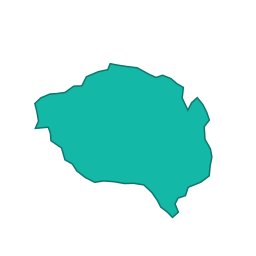 the district of Várzea Paulista, São Paulo, Brazil, rotated 117°
{"feature_id": "56859067B65846864645175", "entity_name": "Várzea Paulista", "entity_type": "district", "adm_level": 2, "iso_a3": "BRA", "parent_name": "Brazil", "parent_adm1": "São Paulo", "projection": "albers", "projection_center": [-46.824, -23.221], "detail": "fine", "context": "isolated", "style": "filled", "palette": "teal", "viewbox_px": 256, "rotation_deg": 117, "n_neighbors": 0, "source": "geoboundaries", "source_scale": "gbopen_adm2", "svg_char_len": 867}
<svg xmlns="http://www.w3.org/2000/svg" viewBox="0 0 256 256"><g transform="rotate(117 128 128)"><path d="M187.5,47.8L180.1,44.9L174.3,51.6L167.7,51.6L162.2,46.1L153.6,47.5L143.3,38.6L133.8,33.9L124.2,37.7L115.7,40.1L109.1,45.2L103.2,54.2L92.2,60.7L84.0,59.1L78.1,65.2L73.2,71.9L69.5,80.1L76.7,82.8L84.9,82.8L76.7,93.3L66.7,97.1L66.3,104.8L64.5,112.1L65.3,121.1L70.2,125.9L70.6,133.5L70.2,147.2L73.5,156.3L76.4,164.9L78.8,173.1L85.2,172.5L91.3,180.0L101.2,188.3L111.5,188.3L115.3,195.3L125.0,200.3L129.8,207.3L133.2,213.0L140.6,219.3L148.5,222.1L154.7,216.7L162.6,210.8L170.4,210.4L163.5,199.4L168.1,194.6L174.3,190.9L176.0,178.1L185.0,169.7L185.3,161.3L189.5,154.1L191.5,143.6L191.5,133.0L186.2,125.6L182.2,116.1L179.1,106.0L174.7,97.8L171.5,88.0L174.6,77.5L179.4,68.6L183.6,62.9L185.0,55.0L187.5,47.8Z" fill="#14b8a6" stroke="#0f766e" stroke-width="1.5"/></g></svg>